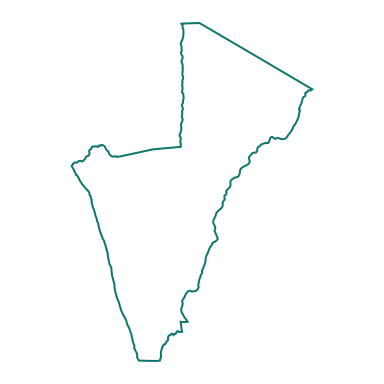 Barra, Bahia, Brazil (Natural Earth projection)
{"feature_id": "56859067B70822366872061", "entity_name": "Barra", "entity_type": "district", "adm_level": 2, "iso_a3": "BRA", "parent_name": "Brazil", "parent_adm1": "Bahia", "projection": "natural_earth1", "projection_center": [-43.395, -11.084], "detail": "fine", "context": "isolated", "style": "outline", "palette": "teal", "viewbox_px": 384, "rotation_deg": 0, "n_neighbors": 0, "source": "geoboundaries", "source_scale": "gbopen_adm2", "svg_char_len": 5975}
<svg xmlns="http://www.w3.org/2000/svg" viewBox="0 0 384 384"><path d="M312.3,89.3L255.4,55.8L199.4,23.0L181.4,23.6L181.5,24.2L182.1,24.3L182.6,24.8L182.7,25.6L182.5,27.6L183.1,28.7L183.3,29.6L183.5,32.0L183.2,37.1L182.1,40.3L180.9,42.8L180.7,43.4L180.8,44.2L181.4,46.4L181.8,50.9L181.0,52.1L181.0,52.8L181.4,54.5L182.6,56.3L182.5,58.9L182.2,59.6L181.5,60.5L181.4,61.4L182.7,64.8L182.4,66.5L182.9,67.9L182.7,69.3L182.7,71.2L182.4,72.3L182.4,74.7L182.6,75.9L183.1,76.5L183.2,77.9L183.1,78.7L182.6,79.6L182.1,81.2L182.3,81.8L182.6,82.3L182.6,83.0L182.0,84.7L182.2,85.7L182.6,86.4L182.4,88.2L182.6,89.0L182.5,89.8L182.1,90.7L182.0,92.1L182.3,92.8L183.3,93.7L183.5,96.8L183.7,98.1L183.0,100.5L183.1,102.2L182.9,102.9L182.0,104.7L181.8,105.6L182.5,107.0L182.8,108.7L182.8,109.3L182.7,110.1L182.1,110.9L182.2,113.1L182.3,113.9L181.8,116.5L182.1,118.1L182.5,118.6L182.7,119.5L182.1,121.8L181.6,122.4L181.0,124.5L181.0,125.3L181.3,127.4L181.2,128.1L181.4,129.0L181.3,129.7L180.7,132.2L179.9,133.7L179.6,135.5L179.7,136.3L180.3,137.0L180.7,137.8L180.6,138.8L180.7,140.1L180.4,140.8L180.3,142.6L180.7,143.4L180.8,145.2L180.8,146.8L171.7,147.7L153.2,149.3L120.3,156.4L117.0,156.9L116.0,156.2L112.9,156.7L111.6,156.2L111.2,155.7L110.6,155.5L110.0,155.0L109.0,153.6L108.1,151.2L107.1,150.6L105.7,148.9L105.4,147.3L104.8,146.9L104.3,146.1L103.7,145.6L103.2,145.3L101.3,144.9L100.8,145.1L100.5,145.8L100.0,145.9L98.9,145.6L98.4,146.3L97.7,146.9L96.9,146.7L96.2,146.4L94.7,146.3L94.1,146.7L93.5,146.7L93.0,146.4L91.9,147.0L91.6,147.5L91.2,148.7L90.8,149.5L90.0,149.8L89.4,150.3L89.1,151.2L89.5,153.1L89.2,154.6L88.9,155.2L88.2,155.9L86.8,156.2L86.1,156.6L85.5,158.1L83.2,160.9L82.2,161.5L81.2,160.8L80.5,161.0L79.1,161.0L78.4,161.3L77.7,161.9L77.0,162.7L74.9,162.4L73.3,163.4L72.8,164.6L71.7,165.6L71.7,166.2L73.9,169.9L74.3,171.3L75.2,172.5L75.4,173.2L75.8,173.9L76.0,174.8L76.6,175.0L78.2,176.9L79.6,180.2L81.3,182.7L81.9,183.9L83.1,185.4L84.3,186.6L84.9,187.6L86.8,189.5L87.2,190.3L88.3,191.0L88.7,191.5L89.5,193.2L89.4,194.2L89.6,195.0L90.6,196.0L90.8,196.7L90.9,198.3L91.8,200.1L91.5,201.9L92.1,204.4L92.5,205.4L92.6,206.5L92.9,207.6L93.9,209.5L94.2,210.9L94.9,212.9L95.5,215.9L95.9,216.6L96.8,219.1L96.9,220.9L97.5,221.8L98.2,223.4L98.4,224.4L98.3,225.3L98.8,226.2L99.2,228.5L99.8,230.2L99.7,231.0L100.0,231.8L101.2,234.0L101.2,234.7L101.5,235.5L102.1,236.4L102.5,238.3L104.2,241.0L104.4,242.0L104.5,243.1L105.1,244.1L105.3,245.0L105.9,247.0L106.0,247.7L106.6,248.8L106.5,249.6L107.7,253.1L107.7,255.2L108.1,257.8L108.6,259.2L108.6,260.3L109.0,261.4L109.5,264.2L110.2,265.3L110.9,266.8L111.5,269.3L111.6,271.6L112.0,275.0L112.2,276.1L112.9,278.2L113.8,282.3L114.6,285.2L114.4,287.0L114.6,288.2L115.4,292.2L116.7,296.9L117.5,299.2L119.1,302.7L119.8,306.1L120.6,308.2L120.9,309.9L123.2,315.0L124.0,316.2L126.4,320.7L126.7,322.9L127.9,325.8L129.1,328.0L130.4,331.6L130.7,332.8L131.1,333.5L131.5,335.0L131.6,335.9L133.0,342.0L133.7,344.3L134.2,345.2L134.4,345.9L134.4,346.9L134.1,347.9L134.9,349.2L135.2,350.3L136.7,352.9L136.9,353.9L137.2,354.4L137.3,355.2L137.0,356.0L137.1,356.9L137.3,357.8L138.3,359.6L138.9,360.6L155.8,361.0L159.8,360.7L159.9,360.1L160.1,359.5L161.1,356.9L160.8,352.5L161.1,351.6L161.4,349.9L161.9,348.8L162.4,346.8L162.9,346.3L163.2,345.4L163.6,344.9L164.3,344.2L165.1,344.3L165.5,343.9L166.6,341.4L168.1,340.1L168.2,339.3L167.9,338.6L168.0,337.8L168.3,337.2L168.2,336.5L168.6,336.0L169.2,335.4L170.5,335.1L171.0,334.7L171.3,333.8L172.0,333.7L172.7,333.8L173.6,334.9L173.9,334.3L174.5,334.0L175.5,333.9L176.3,332.4L177.0,332.0L177.2,331.4L177.7,331.1L178.0,331.7L178.8,331.6L179.6,332.0L181.3,331.9L182.0,331.9L180.6,321.8L182.3,322.1L187.6,321.8L186.0,319.2L185.3,318.3L184.7,317.9L184.4,317.4L183.0,314.4L181.8,312.7L181.2,309.9L181.2,309.1L181.9,307.0L182.7,304.0L182.7,303.3L182.1,301.1L182.4,300.4L185.0,296.2L185.2,295.6L185.3,295.0L185.5,294.5L187.2,292.2L188.7,291.0L190.1,290.7L190.8,290.9L191.4,291.5L192.1,291.6L192.9,291.3L195.0,291.2L196.4,290.6L197.0,290.1L197.4,289.6L198.4,288.0L198.7,287.1L198.5,286.6L198.2,284.9L199.1,281.1L199.2,280.1L199.5,278.9L200.4,276.9L200.5,275.8L201.8,273.4L202.1,272.4L201.9,270.7L202.7,269.4L204.8,264.0L205.2,262.6L205.6,261.1L205.5,258.8L206.1,256.5L207.9,252.6L209.3,248.8L210.3,246.9L211.7,245.0L212.5,242.9L213.2,242.5L215.2,241.6L216.9,240.2L217.6,239.2L217.7,238.6L217.5,237.7L216.0,234.4L215.3,232.4L214.7,231.4L214.6,230.7L214.8,229.7L215.1,228.8L215.3,228.2L215.2,227.5L214.7,225.8L213.5,223.6L213.2,222.7L213.2,221.4L213.7,219.7L215.4,216.3L216.0,214.1L216.6,212.6L217.9,211.1L221.7,207.9L222.5,206.3L222.7,205.3L222.7,202.6L223.1,201.6L224.7,199.5L224.7,198.8L224.4,197.3L224.4,196.4L224.6,195.6L226.4,194.0L226.5,193.3L226.3,192.4L226.2,191.4L226.6,190.4L229.1,187.9L230.1,186.6L230.4,186.0L230.5,185.2L230.4,181.8L230.6,181.0L231.0,180.3L231.6,179.7L234.1,177.9L235.2,177.5L237.3,177.1L238.4,176.3L239.4,174.5L239.8,172.9L240.1,170.5L240.6,169.1L240.9,168.6L243.3,166.8L247.6,164.6L248.4,164.0L249.0,163.3L249.5,162.6L249.7,161.2L249.0,158.7L249.0,158.1L249.0,157.4L249.4,156.7L252.0,153.5L253.1,152.9L255.7,152.5L256.3,152.1L256.8,151.7L257.2,151.1L257.3,149.1L257.7,147.5L258.1,147.1L259.3,146.5L259.9,146.0L260.8,144.8L261.5,144.4L264.7,143.2L265.5,143.0L267.6,143.0L268.4,142.8L268.8,142.4L269.1,141.8L269.8,139.2L270.3,137.9L270.9,137.3L271.4,137.0L272.0,136.9L272.6,137.1L274.0,138.3L275.2,138.9L275.8,138.7L276.9,138.0L277.6,137.9L278.4,137.9L280.8,139.0L283.2,139.2L284.0,139.0L284.8,138.8L286.2,138.0L286.8,137.3L288.4,134.7L290.3,132.6L291.7,130.4L292.8,128.2L293.2,126.9L293.9,125.7L295.4,123.9L297.4,119.9L298.5,117.0L298.8,116.0L298.9,113.9L299.8,111.3L299.9,110.6L299.7,110.0L299.0,109.5L299.0,108.8L299.8,107.1L300.3,105.4L301.1,104.0L301.5,103.0L302.2,100.1L303.0,97.7L303.4,97.1L305.1,96.1L305.4,95.6L305.5,94.8L305.2,93.6L305.4,92.8L305.9,92.5L307.0,92.3L307.4,91.9L307.7,91.2L308.0,90.7L308.4,90.4L310.2,90.5L310.8,90.4L312.3,89.3Z" fill="none" stroke="#0f766e" stroke-width="2"/></svg>